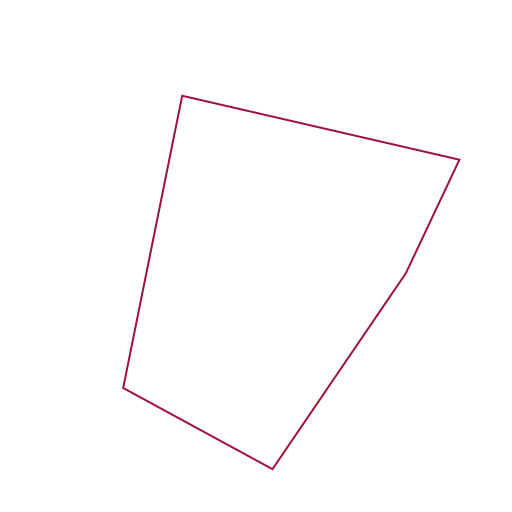 the border of Beau Bassin-Rose Hill, rotated 208°
{"feature_id": "MUS-5181", "entity_name": "Beau Bassin-Rose Hill", "entity_type": "City", "adm_level": 1, "iso_a3": "MUS", "parent_name": "Mauritius", "parent_adm1": "", "projection": "equal_earth", "projection_center": [57.468, -20.238], "detail": "fine", "context": "isolated", "style": "outline", "palette": "rose", "viewbox_px": 512, "rotation_deg": 208, "n_neighbors": 0, "source": "natural_earth", "source_scale": "10m", "svg_char_len": 236}
<svg xmlns="http://www.w3.org/2000/svg" viewBox="0 0 512 512"><g transform="rotate(208 256 256)"><path d="M121.6,436.5L115.6,311.3L141.4,75.5L311.3,77.1L396.4,362.8L121.6,436.5Z" fill="none" stroke="#9f1239" stroke-width="2"/></g></svg>